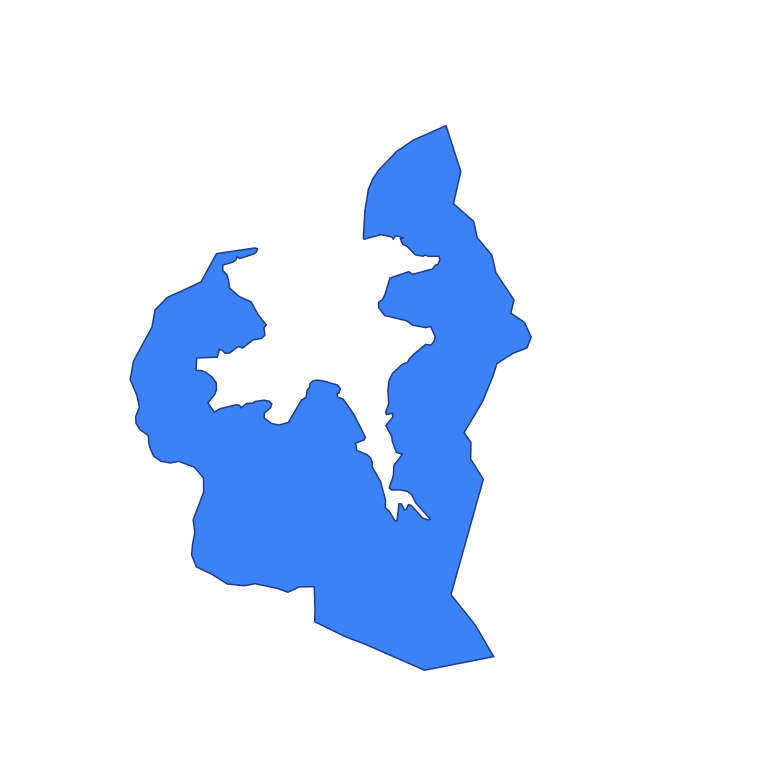 outline of Wouri, Littoral, Cameroon, rotated 121°
{"feature_id": "32672807B59545531100821", "entity_name": "Wouri", "entity_type": "district", "adm_level": 2, "iso_a3": "CMR", "parent_name": "Cameroon", "parent_adm1": "Littoral", "projection": "orthographic", "projection_center": [9.63, 4.004], "detail": "fine", "context": "isolated", "style": "filled", "palette": "blue", "viewbox_px": 768, "rotation_deg": 121, "n_neighbors": 0, "source": "geoboundaries", "source_scale": "gbopen_adm2", "svg_char_len": 2967}
<svg xmlns="http://www.w3.org/2000/svg" viewBox="0 0 768 768"><g transform="rotate(121 384 384)"><path d="M291.3,289.2L279.4,280.0L268.0,282.0L258.8,295.4L258.0,311.8L245.0,315.8L231.0,345.4L218.0,357.8L210.6,379.4L198.4,390.9L193.7,417.3L162.3,427.6L130.6,463.9L159.8,484.5L178.3,493.0L185.4,494.6L203.7,498.8L214.2,499.2L225.2,497.6L244.9,489.8L269.0,477.2L270.2,475.6L257.7,463.8L253.9,453.2L255.0,450.8L250.6,450.2L249.0,443.0L251.0,444.8L254.6,440.0L254.2,435.3L257.1,423.4L254.3,416.2L252.4,415.4L251.7,411.7L246.2,402.7L248.7,400.0L254.0,399.4L255.6,401.1L260.7,401.7L263.5,404.8L270.2,411.0L275.4,416.4L274.8,420.5L290.1,433.4L307.2,429.2L312.6,428.8L316.5,430.7L321.2,428.1L325.0,418.8L318.3,397.6L318.7,389.4L314.1,377.1L313.8,376.8L310.7,373.7L317.1,364.4L321.8,363.0L326.5,363.9L328.7,368.8L343.3,373.8L349.6,375.2L353.4,375.0L358.2,378.7L370.0,382.1L378.2,381.6L388.0,377.1L398.1,369.9L407.4,368.1L408.8,366.0L404.8,361.7L407.8,359.5L418.7,361.0L425.1,350.1L428.8,347.5L436.2,338.2L435.5,335.2L434.7,332.1L448.5,333.6L457.7,328.8L470.4,326.0L471.0,322.9L466.5,315.8L463.9,308.5L464.7,303.3L469.6,295.5L476.0,274.9L477.7,276.0L479.0,282.0L474.1,298.1L474.8,300.9L479.9,300.4L481.5,301.5L477.8,307.3L478.9,309.5L494.8,302.3L495.4,304.7L490.3,314.0L489.3,319.4L483.0,322.7L469.3,336.8L461.0,351.7L457.8,353.3L454.4,357.2L453.3,361.9L454.9,373.2L449.3,377.9L442.0,372.1L439.2,372.6L425.5,394.2L418.0,411.1L419.0,417.2L416.2,419.4L415.1,418.0L410.6,418.9L408.8,423.3L413.0,438.8L415.8,444.4L418.6,446.8L422.1,447.6L424.4,446.1L428.9,446.7L435.4,443.9L440.5,446.5L466.1,446.2L468.9,448.8L473.2,452.9L475.8,460.0L474.8,469.1L470.7,471.5L462.7,469.1L458.9,469.8L457.8,473.4L459.6,478.4L465.4,485.5L468.4,487.0L471.2,491.6L477.9,494.3L476.6,496.7L477.9,500.0L490.0,512.2L495.6,515.0L490.7,525.2L480.1,523.7L474.8,524.8L469.4,528.5L466.6,534.8L465.8,542.6L466.7,547.8L469.1,552.1L458.1,558.0L456.2,555.0L446.9,540.7L439.0,542.9L438.3,539.7L439.6,536.4L437.0,532.3L427.1,528.3L426.0,523.7L413.7,519.0L407.9,512.3L403.4,511.3L397.8,515.8L394.0,515.4L389.3,527.7L382.0,540.3L382.1,541.1L383.6,553.1L381.2,565.8L376.1,569.9L371.2,574.9L369.9,580.6L365.0,583.4L357.4,576.3L354.0,574.8L350.3,575.4L350.8,572.4L339.6,562.5L336.7,561.4L333.3,562.1L334.0,564.9L358.5,594.7L390.7,593.5L403.0,601.6L421.3,614.3L438.5,618.4L454.7,612.2L493.5,610.5L511.0,603.8L520.6,590.4L529.6,581.8L539.9,580.1L545.5,576.2L548.9,569.6L549.6,559.3L555.9,555.1L560.2,550.5L564.5,544.2L565.1,535.5L561.6,526.2L556.0,520.1L553.0,503.8L557.6,490.2L569.6,482.9L598.8,477.6L608.6,469.7L620.1,465.5L629.6,460.9L637.4,450.7L635.8,433.9L636.1,415.3L628.9,399.8L621.5,391.6L617.4,379.6L614.3,370.7L612.0,359.1L601.5,352.1L593.6,339.4L605.7,331.6L613.2,326.7L623.5,321.0L620.5,286.6L616.9,266.9L608.5,201.9L561.2,149.6L543.7,181.4L530.1,218.1L414.5,249.8L403.7,271.1L389.4,279.3L384.4,290.3L347.8,290.5L321.7,294.6L308.3,297.7L291.3,289.2Z" fill="#3b82f6" stroke="#1e3a8a" stroke-width="1.5"/></g></svg>